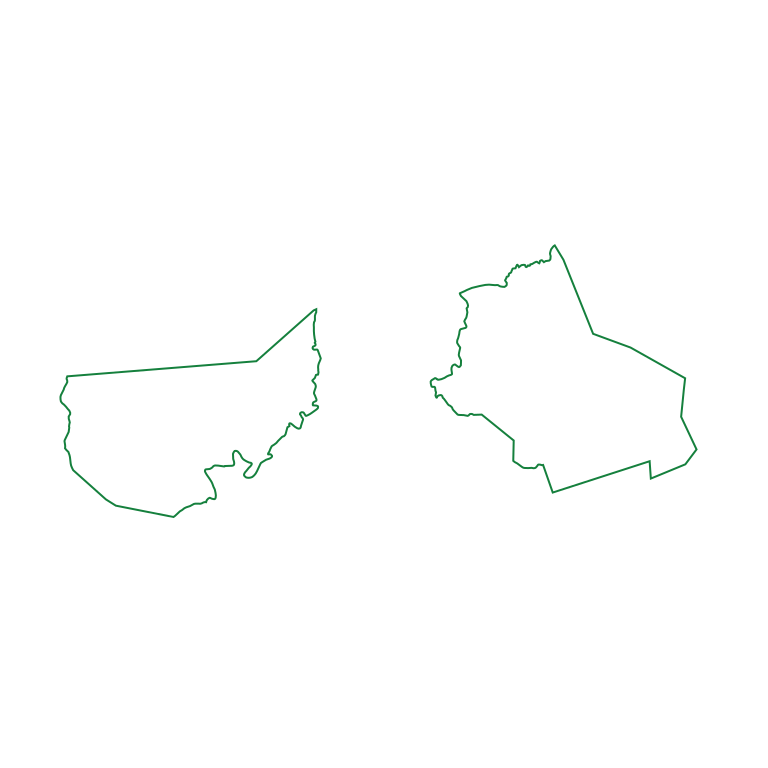 San Sebastian, Comayagua, Honduras (Natural Earth projection), rotated 188°
{"feature_id": "27666195B99754076346058", "entity_name": "San Sebastian", "entity_type": "district", "adm_level": 2, "iso_a3": "HND", "parent_name": "Honduras", "parent_adm1": "Comayagua", "projection": "natural_earth1", "projection_center": [-87.707, 14.215], "detail": "fine", "context": "isolated", "style": "outline", "palette": "green", "viewbox_px": 768, "rotation_deg": 188, "n_neighbors": 0, "source": "geoboundaries", "source_scale": "gbopen_adm2", "svg_char_len": 6162}
<svg xmlns="http://www.w3.org/2000/svg" viewBox="0 0 768 768"><g transform="rotate(188 384 384)"><path d="M245.3,325.9L243.7,324.9L241.0,323.9L235.9,321.1L234.4,320.5L233.3,320.4L229.5,320.8L226.2,321.5L224.3,321.4L223.4,321.6L222.6,321.9L222.0,322.4L220.9,324.1L220.3,325.3L219.9,325.7L218.4,325.9L216.2,325.6L215.2,326.0L201.8,300.0L110.2,344.5L106.6,327.5L74.4,346.4L65.4,362.7L85.2,392.9L86.3,420.0L86.6,431.6L144.9,454.4L183.9,462.8L223.6,532.0L234.2,545.0L235.0,544.3L235.7,543.4L237.1,540.9L237.4,539.8L237.7,537.8L237.8,536.5L237.4,535.1L236.9,534.2L236.7,533.3L236.7,532.1L236.6,531.0L236.8,530.2L237.6,529.2L241.1,528.2L242.6,526.9L244.6,528.4L245.1,528.5L245.7,528.3L246.6,527.6L246.8,525.7L247.1,525.1L247.9,525.4L249.5,526.3L249.9,526.3L250.7,526.0L252.4,524.8L253.9,523.5L255.7,522.9L255.8,522.7L255.7,522.0L256.2,521.4L257.0,521.2L257.7,521.5L258.0,521.4L258.4,520.4L258.9,519.9L259.4,519.6L260.0,519.8L260.5,520.6L260.7,521.2L261.1,521.5L262.5,521.4L264.2,520.9L265.1,520.2L266.6,518.5L268.0,520.3L268.5,520.6L268.9,520.4L269.3,519.3L269.9,516.9L272.3,516.3L272.6,516.1L272.9,515.6L273.0,514.8L273.4,513.6L273.6,512.3L274.0,511.8L275.3,510.9L275.6,510.4L275.7,510.0L275.5,509.0L275.7,508.3L276.4,507.6L277.2,507.4L277.5,507.0L277.7,505.6L278.5,503.6L278.1,502.9L276.5,501.2L276.3,499.3L276.4,498.8L276.6,498.4L278.1,497.0L279.6,496.8L281.8,496.8L283.1,497.0L284.6,497.7L285.3,497.8L288.1,497.3L293.8,497.0L297.5,496.2L303.0,494.3L310.3,491.4L314.9,488.7L317.2,487.1L321.5,484.4L321.5,484.1L321.2,483.5L320.0,481.8L313.9,477.5L312.4,475.1L311.7,473.4L311.8,471.7L312.1,471.3L312.6,470.7L312.7,470.4L311.4,466.6L311.6,462.3L311.8,461.0L312.7,459.0L313.2,457.3L312.5,456.0L310.6,453.1L310.4,452.6L310.4,451.9L310.6,451.4L311.1,450.9L315.4,449.1L315.9,448.7L316.2,448.2L316.5,446.8L316.5,443.9L316.8,441.2L317.0,439.6L317.5,437.7L317.5,436.5L317.4,435.4L317.1,434.6L315.0,432.1L314.0,431.2L313.6,430.5L313.6,430.1L314.0,425.5L314.0,423.2L313.6,422.1L311.0,418.1L310.7,415.5L310.5,413.2L311.3,411.8L311.7,411.4L312.1,411.2L313.2,411.5L316.3,413.2L316.9,413.1L317.8,412.6L318.4,412.0L318.9,411.3L319.4,409.4L319.2,407.5L318.1,403.8L318.1,403.2L318.5,402.7L319.3,402.2L320.9,401.5L322.8,400.3L324.9,398.5L327.8,396.8L329.7,396.1L331.1,395.7L331.8,396.2L332.4,396.1L333.5,396.9L334.3,396.9L337.2,394.5L337.8,393.7L338.1,392.9L337.8,391.2L337.0,389.1L336.5,388.1L336.2,388.0L335.3,387.9L333.9,388.2L333.3,388.0L332.9,387.5L332.0,384.3L331.3,383.0L331.4,379.7L330.4,378.0L330.1,377.8L329.8,377.9L329.6,378.2L329.6,378.8L329.4,379.3L328.2,380.3L326.5,380.9L325.8,380.9L325.4,380.8L324.5,380.0L323.9,378.6L322.7,377.8L321.1,376.2L317.9,372.8L317.0,372.1L315.4,371.6L313.8,370.6L313.3,370.1L312.6,368.8L311.6,367.7L306.9,364.0L305.6,363.8L300.7,364.3L296.8,364.1L296.4,364.3L295.9,364.6L294.8,366.1L293.7,366.5L292.4,366.5L290.9,365.9L283.0,367.3L247.7,346.1L245.3,325.9ZM461.5,448.6L463.9,447.1L513.6,388.8L698.7,347.5L699.1,345.5L698.9,344.6L698.3,343.7L697.9,341.9L698.4,340.2L699.6,337.3L700.2,335.5L700.4,333.9L702.4,328.0L702.6,326.2L702.2,323.8L701.5,321.7L699.9,320.1L698.1,319.1L695.7,317.2L693.5,315.1L692.0,313.9L690.8,312.0L690.6,310.5L691.7,307.9L691.3,305.6L690.3,303.5L689.8,302.1L690.0,300.6L690.0,298.2L689.6,297.0L689.6,292.6L692.4,283.8L692.4,282.8L691.3,279.2L691.0,277.7L690.9,275.9L689.3,274.4L687.1,272.8L685.5,269.7L684.8,267.8L683.2,261.7L682.5,259.7L681.3,257.6L679.8,255.4L643.3,231.0L632.6,226.2L574.0,223.0L572.6,224.3L568.4,229.5L566.5,231.0L564.4,233.2L562.6,234.4L559.1,236.1L555.5,238.8L553.9,239.3L549.1,239.9L547.8,240.5L546.6,241.4L545.8,241.8L544.7,242.2L543.7,242.2L543.5,243.7L543.1,244.7L542.0,246.2L540.9,247.0L540.2,247.0L538.7,246.5L537.0,246.3L535.9,246.4L535.2,246.9L534.9,248.0L535.0,250.3L535.7,252.8L536.9,256.0L538.5,258.4L540.2,261.6L541.2,263.1L543.3,265.6L547.1,269.7L548.7,271.8L549.2,272.8L549.2,273.7L548.9,274.4L548.4,274.7L545.1,275.5L544.1,276.0L542.5,277.4L541.5,278.9L540.8,279.4L540.0,279.8L537.0,280.1L530.9,280.1L530.6,280.2L530.6,280.4L530.3,280.6L523.0,281.9L521.8,282.5L521.5,282.9L521.3,283.4L521.3,284.7L521.7,286.2L522.9,288.8L523.8,293.7L523.7,294.3L523.3,295.6L522.9,296.4L522.5,296.9L521.8,297.1L520.7,297.2L520.0,297.0L519.2,296.6L516.4,294.1L515.1,292.1L513.9,290.7L512.9,289.9L512.0,289.4L510.4,288.7L508.8,288.1L506.7,287.5L504.8,287.4L504.0,286.9L503.8,286.4L504.0,285.5L504.9,283.8L506.2,282.2L508.2,278.8L509.3,277.2L509.9,275.7L510.0,274.6L509.7,273.8L509.0,273.2L507.8,272.4L506.9,272.2L505.5,272.2L503.8,272.5L502.4,273.1L501.4,273.7L499.9,275.4L498.6,277.5L497.6,280.1L495.3,287.6L494.9,288.6L493.6,289.8L490.2,292.6L486.8,294.3L485.5,295.4L485.0,296.1L484.8,296.7L484.9,297.3L485.4,297.8L486.1,298.4L486.7,298.6L488.8,298.2L489.1,298.5L489.0,299.3L488.2,301.0L487.5,303.9L486.9,305.7L486.6,306.6L486.1,307.2L484.3,308.7L482.4,310.6L480.9,313.0L477.6,317.4L477.1,317.8L475.8,318.4L474.9,319.6L474.5,320.6L473.6,327.7L471.8,329.1L472.3,330.8L472.3,331.3L472.1,331.8L471.7,332.0L470.7,331.9L469.2,331.1L466.4,329.3L463.7,328.1L462.3,327.9L461.2,328.3L460.8,328.7L460.5,329.3L460.3,331.5L459.2,337.5L459.4,338.1L459.7,338.7L460.8,339.6L461.9,341.3L462.9,342.2L463.0,343.0L462.7,343.8L462.2,344.2L461.5,344.6L460.7,344.7L459.9,344.6L459.4,344.3L457.2,341.7L456.7,341.6L455.4,342.3L453.3,343.8L451.5,345.4L447.3,349.4L446.3,350.6L446.1,351.1L446.1,352.3L446.3,352.7L446.8,353.0L447.9,353.2L451.3,353.0L451.5,353.2L451.7,354.0L451.7,355.2L451.5,355.9L450.7,356.6L449.2,357.5L448.7,358.1L448.6,358.7L448.8,359.5L450.7,362.9L451.8,364.5L452.1,365.3L452.0,366.9L451.2,371.1L451.2,372.2L451.5,373.2L452.2,374.5L455.1,376.9L455.4,377.6L453.3,380.4L452.6,383.5L451.7,383.9L450.8,384.0L450.6,384.4L450.5,386.5L451.0,388.1L451.1,389.1L451.6,391.4L451.7,393.3L451.4,395.5L450.5,398.7L450.2,400.6L454.0,407.7L454.5,408.5L455.1,408.8L457.5,408.3L458.3,408.3L459.2,408.8L459.7,409.6L459.7,410.3L459.5,411.1L457.8,412.2L457.4,412.7L457.2,413.2L457.5,414.2L458.3,415.1L458.2,415.5L457.8,416.3L459.0,419.3L460.1,423.3L460.8,426.6L461.3,430.3L461.8,432.8L461.9,435.4L461.4,436.6L461.3,437.7L461.9,441.8L461.6,444.0L461.1,445.6L461.5,448.6Z" fill="none" stroke="#15803d" stroke-width="2"/></g></svg>